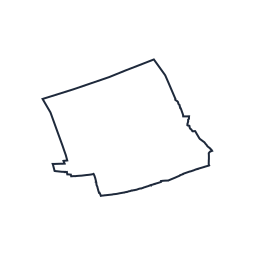 outline of Wassenaar, Zuid-Holland, Netherlands, rotated 27°
{"feature_id": "6326949B22720644545948", "entity_name": "Wassenaar", "entity_type": "district", "adm_level": 2, "iso_a3": "NLD", "parent_name": "Netherlands", "parent_adm1": "Zuid-Holland", "projection": "natural_earth1", "projection_center": [4.386, 52.144], "detail": "fine", "context": "isolated", "style": "outline", "palette": "slate", "viewbox_px": 256, "rotation_deg": 27, "n_neighbors": 0, "source": "geoboundaries", "source_scale": "gbopen_adm2", "svg_char_len": 4835}
<svg xmlns="http://www.w3.org/2000/svg" viewBox="0 0 256 256"><g transform="rotate(27 128 128)"><path d="M134.6,200.8L134.9,200.6L135.2,200.3L136.4,199.5L137.5,198.8L137.8,198.5L138.0,198.4L138.4,198.2L139.3,197.6L142.2,195.7L143.0,195.2L144.2,194.4L144.4,194.2L144.5,194.1L145.0,193.7L146.4,192.8L146.9,192.5L148.3,191.5L149.4,190.6L150.0,190.1L150.4,189.8L150.8,189.5L151.2,189.2L151.5,189.0L151.7,188.8L152.1,188.5L152.7,188.1L152.9,187.9L153.5,187.5L153.7,187.3L153.9,187.2L154.0,187.2L154.4,186.8L154.5,186.6L155.0,186.2L155.6,185.8L155.9,185.5L156.1,185.5L156.3,185.3L156.4,185.2L157.1,184.4L157.3,184.2L157.5,184.0L157.8,183.8L158.2,183.5L158.6,183.2L158.9,182.8L159.5,182.1L159.8,182.1L160.0,182.0L160.8,181.2L161.1,181.0L161.5,180.8L161.9,180.4L162.2,180.3L162.3,180.2L162.7,179.8L162.8,179.7L163.1,179.5L163.4,179.3L163.8,178.9L164.0,178.7L164.6,178.1L164.8,177.8L165.6,177.0L166.1,176.6L166.4,176.4L166.6,176.2L167.0,176.0L167.4,175.8L167.7,175.4L167.9,175.1L168.2,174.9L168.5,174.6L168.8,174.2L169.1,173.8L169.4,173.5L170.1,172.9L170.5,172.4L170.9,172.1L171.1,171.8L172.1,170.9L172.4,170.6L172.8,170.1L173.0,169.9L173.2,169.7L173.3,169.5L173.4,169.4L173.5,169.3L174.3,168.4L174.5,168.5L174.5,168.4L175.0,167.9L176.2,166.7L177.2,165.8L177.1,165.7L178.0,164.9L179.6,163.4L180.8,162.2L182.0,160.9L182.0,160.7L181.8,160.4L181.6,160.2L182.9,159.3L184.2,158.5L184.7,158.2L185.8,157.6L186.1,157.4L186.5,157.2L186.8,157.0L187.0,156.9L187.6,156.7L188.3,155.8L189.4,154.5L191.2,152.4L193.0,150.3L193.2,150.0L193.6,149.5L194.2,148.8L194.7,148.2L195.7,147.0L195.7,146.9L195.7,146.6L196.5,145.7L198.1,144.0L198.1,143.9L198.0,143.7L200.3,141.3L200.5,141.1L202.5,139.0L203.7,138.0L204.3,137.4L205.0,136.6L205.6,136.1L206.0,135.6L207.1,134.3L207.3,134.1L208.6,133.0L208.5,132.9L210.3,131.2L213.7,128.0L213.7,127.9L214.2,127.5L214.8,126.9L216.2,125.6L217.1,124.8L217.3,124.5L216.6,123.9L216.5,123.7L216.2,123.3L215.9,122.7L215.2,121.2L214.4,119.6L214.3,119.2L213.9,118.4L212.4,115.5L211.4,113.8L211.6,112.6L211.9,111.7L213.3,110.2L212.9,110.0L212.4,109.6L212.2,109.5L211.5,109.4L211.3,109.3L210.8,109.0L210.3,109.0L210.2,108.9L209.7,108.7L209.4,108.7L208.5,108.5L207.8,108.4L206.8,108.1L206.7,108.0L206.5,107.9L206.1,107.6L205.8,107.5L204.3,106.9L203.7,106.6L202.9,106.2L202.7,106.1L202.4,106.0L201.0,105.8L197.6,105.2L197.0,105.1L196.7,105.0L196.5,104.9L196.3,104.8L192.8,102.6L192.3,102.3L189.3,100.3L189.0,100.4L188.9,100.5L188.7,100.6L188.2,100.9L188.0,101.1L187.7,101.2L187.6,101.3L187.4,101.5L187.2,101.6L186.9,101.6L186.8,101.4L186.7,101.4L186.4,101.3L186.3,101.2L186.0,101.1L185.6,100.9L185.1,100.6L184.9,100.5L184.7,100.5L183.8,100.4L183.7,100.3L183.2,100.0L182.8,99.7L182.7,99.6L182.6,99.4L182.5,99.2L182.4,99.1L182.2,98.8L182.0,98.6L181.8,98.4L181.7,98.2L181.4,98.2L180.7,98.5L180.4,98.6L180.1,98.6L179.8,98.6L179.7,98.6L179.6,98.3L179.5,98.0L179.3,97.8L179.1,97.6L179.1,97.2L179.0,96.8L179.0,96.7L178.9,96.3L178.9,95.9L178.7,95.5L178.6,95.0L178.6,94.9L178.6,94.7L177.9,93.6L177.8,93.4L177.8,93.2L178.0,92.8L178.1,92.5L178.1,92.4L178.1,92.2L177.9,91.6L177.6,91.1L177.4,90.7L177.2,90.3L177.2,90.2L177.1,89.9L175.4,90.8L171.9,92.6L171.7,92.3L171.2,91.5L171.1,91.3L166.6,87.0L165.3,86.0L165.2,86.2L164.1,85.0L163.6,84.3L163.6,84.2L163.3,84.1L163.2,84.1L162.9,84.0L162.5,83.8L162.2,83.7L161.8,83.5L161.7,83.4L161.5,83.0L161.1,82.6L161.0,82.4L160.6,82.1L160.2,81.9L159.9,81.9L159.6,81.8L159.3,81.7L159.1,81.7L158.4,81.6L157.6,81.5L157.3,81.4L157.2,81.2L157.0,80.9L156.9,80.7L156.9,80.4L156.6,80.2L143.4,69.2L137.3,64.2L136.4,63.7L119.9,55.2L111.9,64.2L99.8,77.7L88.1,91.2L74.9,104.8L61.8,118.3L38.7,140.9L51.8,149.3L53.1,150.5L65.8,162.4L77.7,173.5L80.5,176.2L81.0,176.7L84.9,180.4L88.6,184.5L88.0,184.9L86.6,185.8L86.4,186.0L86.2,186.1L85.9,186.3L85.5,186.5L85.4,186.6L87.7,188.5L87.4,188.7L85.6,189.7L84.6,190.2L79.9,192.8L77.2,194.2L78.2,195.2L79.6,196.8L80.7,198.0L81.9,199.4L82.1,199.6L82.4,199.5L82.6,199.4L83.1,199.3L83.3,199.2L85.1,198.5L87.5,197.6L88.2,197.3L88.9,197.1L91.3,195.9L91.7,195.7L91.8,196.0L92.0,195.9L92.6,195.5L92.9,195.3L93.2,195.1L93.5,194.9L93.9,195.5L94.5,196.3L95.0,196.9L96.1,196.3L96.6,196.1L96.9,196.0L97.1,196.0L97.4,195.9L97.6,195.8L98.2,195.5L98.6,195.9L99.3,196.8L100.7,196.0L101.1,195.7L103.0,194.8L104.1,194.0L104.3,193.9L105.9,192.9L108.3,191.5L112.6,188.6L114.2,187.6L116.2,186.2L117.5,185.2L118.1,184.5L118.3,184.6L118.5,184.8L118.9,185.1L119.9,185.9L120.0,186.0L121.0,187.0L121.3,187.3L121.6,187.6L123.5,189.8L123.6,190.0L123.7,190.4L123.9,190.3L124.1,190.5L124.4,190.9L124.6,191.1L124.8,191.4L124.9,191.7L125.1,192.0L125.5,192.5L125.8,193.0L126.0,193.2L126.5,193.6L126.9,193.9L127.3,194.2L128.2,195.3L129.6,196.8L129.8,197.1L130.0,197.3L130.8,198.1L131.1,198.4L131.6,198.9L132.0,198.6L132.5,199.0L133.6,199.8L134.2,200.4L134.6,200.8Z" fill="none" stroke="#1e293b" stroke-width="2"/></g></svg>